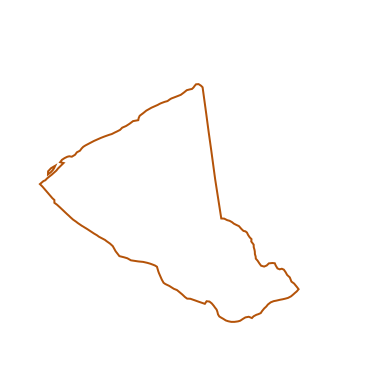 Itarema, Ceará, Brazil (Mercator projection), rotated 297°
{"feature_id": "56859067B50082405211585", "entity_name": "Itarema", "entity_type": "district", "adm_level": 2, "iso_a3": "BRA", "parent_name": "Brazil", "parent_adm1": "Ceará", "projection": "mercator", "projection_center": [-39.901, -3.07], "detail": "fine", "context": "isolated", "style": "outline", "palette": "amber", "viewbox_px": 384, "rotation_deg": 297, "n_neighbors": 0, "source": "geoboundaries", "source_scale": "gbopen_adm2", "svg_char_len": 2690}
<svg xmlns="http://www.w3.org/2000/svg" viewBox="0 0 384 384"><g transform="rotate(297 192 192)"><path d="M153.8,331.1L155.0,328.6L156.0,326.3L156.8,324.5L157.3,321.3L160.3,317.9L161.3,314.4L163.0,311.9L164.5,309.1L164.4,306.9L162.9,305.2L162.7,302.9L164.5,300.0L166.1,298.1L165.2,295.8L163.3,292.9L160.4,291.9L158.3,290.1L157.7,287.0L159.0,284.4L160.6,281.6L161.6,279.1L163.4,278.0L165.3,276.2L167.3,275.1L168.9,273.9L170.8,272.1L173.1,270.8L174.8,267.3L177.0,266.4L177.8,264.0L179.2,261.5L180.8,259.4L181.2,257.5L180.7,255.5L181.5,252.8L182.9,249.3L182.8,246.4L182.8,243.7L183.3,241.3L183.4,238.6L182.9,236.1L182.9,232.8L181.7,230.1L213.8,206.9L237.9,190.2L253.6,179.2L268.4,169.0L290.1,153.9L290.8,151.8L291.1,148.9L289.8,146.7L287.8,146.2L285.8,145.9L283.8,145.2L282.2,143.2L280.3,141.1L277.1,139.7L273.5,137.9L271.0,135.7L268.1,133.1L265.9,131.1L264.1,130.0L261.9,128.9L259.9,126.7L257.3,124.3L255.8,123.1L254.0,121.9L250.8,119.3L248.7,117.6L246.1,115.9L243.7,114.3L240.5,112.9L236.2,110.8L233.8,110.9L231.6,111.5L228.4,107.3L224.5,105.4L220.9,103.3L217.6,100.6L214.7,99.7L211.9,97.7L210.1,96.3L207.2,94.2L205.6,92.5L203.3,90.3L201.6,88.7L198.9,86.3L196.7,84.5L193.0,81.5L190.9,80.0L188.5,78.3L185.1,75.9L182.9,74.6L180.7,73.9L177.9,73.4L175.1,71.4L172.1,70.9L168.9,68.9L168.1,66.4L166.8,64.9L164.4,63.1L161.6,61.5L158.7,61.0L159.5,64.4L152.3,62.0L149.5,61.4L145.9,60.0L143.6,59.1L140.9,57.8L138.0,56.6L135.9,56.0L134.3,54.7L132.4,53.9L130.0,52.9L128.9,56.3L123.1,70.4L122.4,73.0L119.9,74.3L119.4,77.5L118.3,81.5L116.4,87.9L115.5,91.0L115.0,92.9L114.3,95.2L113.4,98.6L112.9,102.3L112.5,104.3L111.9,109.0L111.4,115.6L110.5,123.6L110.3,127.0L109.9,129.4L109.8,136.2L109.4,138.2L108.8,142.4L107.8,146.0L104.5,150.9L103.0,154.1L101.9,156.4L103.0,161.2L103.6,164.5L103.4,168.6L104.6,172.2L105.8,175.8L107.5,180.1L108.6,184.4L109.2,187.6L109.5,190.2L109.7,192.4L109.5,194.7L106.1,197.9L104.7,199.4L100.2,204.9L98.2,207.9L97.9,210.0L98.0,214.5L97.8,216.5L97.5,219.8L97.8,223.1L96.9,227.2L96.3,229.8L95.2,233.5L94.8,236.1L96.1,238.9L96.8,244.0L97.2,247.2L98.2,254.2L101.3,254.6L102.3,257.3L101.7,260.2L100.5,263.0L99.5,264.9L98.4,267.3L96.7,269.1L94.8,270.7L93.5,272.8L93.3,275.0L93.2,277.3L92.9,280.5L93.3,283.0L94.1,285.9L95.5,288.7L97.6,291.7L99.2,293.4L101.9,294.9L104.5,296.5L106.6,299.2L106.9,302.6L109.2,303.3L111.8,305.1L113.2,306.5L115.3,308.2L117.8,308.5L121.0,309.2L123.7,310.2L126.2,310.7L129.4,312.2L131.8,314.3L133.6,316.6L135.9,319.3L137.6,321.5L139.2,323.4L141.2,325.6L144.0,327.6L146.6,328.7L148.7,329.5L151.1,330.5L153.8,331.1ZM153.3,58.2L149.2,55.6L145.1,54.4L142.3,55.7L145.5,57.2L148.2,58.0L150.5,58.3L153.3,58.2Z" fill="none" stroke="#b45309" stroke-width="2"/></g></svg>